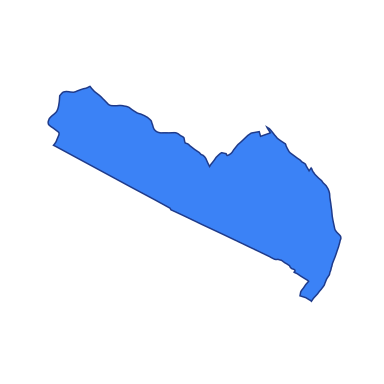 Poplaca, Sibiu, Romania (Equal Earth projection), rotated 102°
{"feature_id": "2599482B20961139122315", "entity_name": "Poplaca", "entity_type": "district", "adm_level": 2, "iso_a3": "ROU", "parent_name": "Romania", "parent_adm1": "Sibiu", "projection": "equal_earth", "projection_center": [23.942, 45.668], "detail": "fine", "context": "isolated", "style": "filled", "palette": "blue", "viewbox_px": 384, "rotation_deg": 102, "n_neighbors": 0, "source": "geoboundaries", "source_scale": "gbopen_adm2", "svg_char_len": 4182}
<svg xmlns="http://www.w3.org/2000/svg" viewBox="0 0 384 384"><g transform="rotate(102 192 192)"><path d="M113.0,132.2L113.9,131.5L117.8,127.7L118.2,128.3L118.3,128.3L123.3,136.5L119.0,138.8L121.7,145.5L122.2,146.5L123.3,147.5L125.1,149.2L128.0,151.2L130.8,153.1L133.5,155.0L136.0,156.9L137.7,157.8L140.5,159.2L142.1,160.0L144.0,160.7L144.8,161.0L145.8,161.6L146.5,162.1L147.3,162.9L148.1,163.7L148.7,164.6L149.0,165.2L148.3,166.0L147.7,166.4L147.4,166.6L147.4,170.3L147.4,171.2L148.4,172.3L150.4,173.8L153.1,175.6L156.1,176.8L158.6,178.0L160.9,179.2L163.4,180.1L160.3,182.6L158.1,184.2L156.4,185.4L154.9,187.0L153.8,188.9L153.4,191.0L151.9,193.1L149.9,198.1L148.0,202.0L147.1,203.9L146.1,205.3L145.7,206.7L145.5,208.8L144.3,209.6L141.4,210.8L140.7,211.1L140.0,212.2L139.2,215.0L137.9,217.7L137.5,219.5L137.5,221.0L138.0,223.1L138.9,226.6L139.8,231.1L140.7,235.0L140.7,237.0L140.5,238.5L140.0,239.9L139.1,241.4L138.3,242.3L136.9,243.3L134.4,244.6L133.5,245.2L132.3,245.9L131.3,246.4L130.7,246.9L130.3,247.5L129.6,248.6L128.2,251.2L127.8,252.7L127.3,254.1L126.4,258.3L126.3,260.6L126.0,262.4L125.5,263.6L124.8,265.6L123.9,267.9L122.4,271.0L122.1,272.3L121.9,273.9L122.0,276.0L122.0,278.2L122.3,280.4L122.7,281.8L123.2,283.3L123.6,285.0L124.0,287.0L124.3,289.0L124.2,290.5L123.7,292.0L122.7,293.4L121.5,295.2L120.4,296.8L119.5,298.3L117.9,300.6L116.7,302.7L115.5,305.2L114.5,307.3L113.6,308.9L112.7,310.1L111.6,311.7L109.9,313.7L110.3,314.4L111.0,315.1L112.5,317.2L113.6,319.7L115.3,322.6L116.4,324.3L117.1,325.4L118.0,326.6L118.6,327.7L119.1,328.7L119.3,330.3L119.5,332.0L119.5,333.3L119.7,334.7L119.8,335.8L120.5,337.6L121.1,338.8L122.5,339.9L124.4,340.9L125.3,341.4L125.6,341.4L126.2,341.3L128.9,340.9L131.3,340.6L133.1,340.5L133.7,340.5L134.6,340.4L135.5,340.4L137.0,340.4L138.5,340.5L140.6,340.9L142.0,341.4L143.1,342.1L144.5,343.1L146.3,344.6L147.7,345.6L148.9,346.3L149.7,346.8L150.8,347.0L152.8,347.3L154.3,347.1L155.7,346.4L156.3,345.6L157.3,343.7L158.4,340.9L160.1,337.3L161.2,335.0L162.0,334.3L162.9,334.1L164.1,334.1L165.5,334.4L167.7,334.8L169.1,335.1L170.6,335.3L171.9,335.7L174.0,336.6L175.1,337.2L175.8,334.6L192.9,276.4L200.0,252.3L207.5,226.3L212.4,210.1L213.8,208.9L216.7,196.1L217.4,193.2L221.5,176.4L227.2,151.9L238.9,103.4L239.1,102.5L239.6,101.2L240.6,97.4L240.6,95.9L240.3,94.8L240.0,94.0L240.2,91.5L240.2,90.3L241.0,88.5L241.9,86.6L242.5,84.6L243.8,81.3L245.1,80.3L246.0,79.0L246.3,78.2L246.4,76.8L246.6,75.9L247.0,75.2L247.8,74.8L248.5,74.9L248.8,75.3L249.2,75.5L249.5,74.7L250.0,72.2L251.6,68.3L253.3,63.6L253.8,62.1L254.5,60.2L255.2,59.4L258.9,61.5L262.7,63.0L265.5,64.4L267.2,64.9L271.1,64.8L271.7,58.7L272.1,57.6L272.7,55.9L273.2,54.5L273.4,53.5L274.1,52.5L272.2,51.7L271.2,51.3L270.0,50.7L268.2,49.6L265.5,48.0L262.6,46.7L260.3,45.4L258.8,44.7L257.6,44.1L256.4,43.6L255.7,43.3L254.4,43.1L253.4,43.0L252.5,42.8L251.2,42.6L249.5,42.3L248.7,42.1L247.4,41.6L246.7,41.3L245.6,40.9L244.7,40.5L244.2,40.4L243.8,40.4L242.4,40.4L241.6,40.4L240.7,40.2L240.1,40.1L239.3,40.0L238.7,40.0L237.8,40.0L237.3,40.0L237.0,40.0L236.7,40.0L236.3,39.9L235.9,39.8L235.0,39.8L233.0,39.8L229.9,39.3L225.9,38.6L222.1,38.1L219.2,37.8L215.3,37.3L210.4,37.0L208.8,37.0L207.7,36.9L207.1,36.7L206.0,36.8L205.6,37.0L204.5,37.4L203.7,38.3L202.8,39.6L201.8,41.2L201.1,42.2L200.2,43.2L199.5,44.0L198.4,44.7L195.7,45.9L190.3,48.3L186.5,49.8L180.8,51.6L177.5,52.8L174.6,53.8L173.0,54.4L170.1,55.5L168.5,56.1L166.6,56.6L164.9,57.1L162.7,58.2L160.5,59.7L159.9,60.3L158.0,62.1L156.9,63.8L155.8,65.6L154.9,66.6L154.0,67.5L152.0,71.2L150.3,73.8L149.5,75.0L148.5,76.3L148.0,76.6L146.9,78.0L145.5,79.0L144.3,79.8L144.0,80.3L143.8,80.5L145.7,81.3L146.6,81.8L146.9,81.9L146.1,82.6L145.2,83.5L143.9,84.7L143.2,85.3L142.4,86.0L141.6,86.5L141.2,86.8L140.9,87.4L140.5,88.3L140.1,89.4L140.0,90.2L138.8,92.1L138.2,93.0L137.1,95.8L135.9,98.4L134.6,101.2L133.8,103.0L133.3,104.1L132.4,105.4L130.0,107.5L128.9,108.4L127.3,109.6L126.5,110.0L125.9,110.3L125.4,110.8L125.4,111.0L124.9,112.2L124.7,112.7L123.9,114.8L122.8,117.4L122.1,118.9L121.5,120.0L120.3,121.4L119.0,123.2L118.0,124.3L115.8,127.0L114.8,128.3L113.9,129.6L113.6,130.6L113.0,132.2Z" fill="#3b82f6" stroke="#1e3a8a" stroke-width="1.5"/></g></svg>